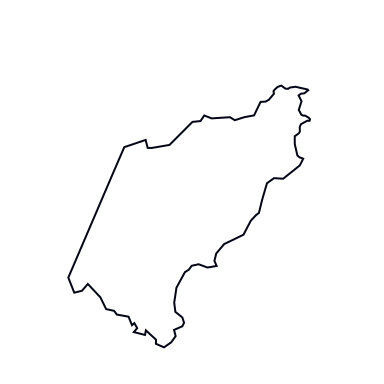 Contra Costa, California, United States of America (Natural Earth projection), rotated 130°
{"feature_id": "52423323B95554273469006", "entity_name": "Contra Costa", "entity_type": "district", "adm_level": 2, "iso_a3": "USA", "parent_name": "United States of America", "parent_adm1": "California", "projection": "natural_earth1", "projection_center": [-122.042, 37.91], "detail": "fine", "context": "isolated", "style": "outline", "palette": "ink", "viewbox_px": 384, "rotation_deg": 130, "n_neighbors": 0, "source": "geoboundaries", "source_scale": "gbopen_adm2", "svg_char_len": 1384}
<svg xmlns="http://www.w3.org/2000/svg" viewBox="0 0 384 384"><g transform="rotate(130 192 192)"><path d="M337.1,231.7L344.8,217.5L338.4,212.8L329.4,212.7L331.6,194.4L336.9,182.5L333.1,175.3L334.2,170.8L328.3,160.5L332.6,152.3L329.5,151.9L331.5,146.5L336.7,146.5L331.7,136.1L327.6,138.4L328.3,124.6L331.5,122.1L329.0,113.6L320.5,111.3L312.9,111.9L309.2,117.1L301.1,113.1L297.3,114.0L294.3,118.8L294.5,127.7L288.2,134.5L275.3,142.4L257.9,145.9L253.6,144.5L248.7,144.8L243.1,140.5L239.9,131.6L232.8,125.6L230.3,130.6L223.5,133.9L211.2,133.9L191.6,125.1L176.2,128.5L168.7,128.1L165.0,127.3L153.2,133.1L151.9,133.7L137.1,140.2L128.7,138.1L123.2,130.7L102.3,126.5L95.0,128.2L95.2,128.9L96.3,131.8L96.3,134.7L92.7,139.5L89.2,144.1L83.3,149.1L78.3,147.9L76.4,148.2L73.0,151.2L72.7,151.4L69.9,152.1L63.3,149.5L61.9,147.7L60.4,148.4L60.1,150.3L60.7,154.3L62.1,156.1L62.5,157.9L60.5,163.0L52.1,166.4L49.5,172.4L46.6,171.7L45.4,170.5L44.2,169.4L39.3,168.4L39.2,169.4L43.5,177.7L44.8,180.3L49.0,184.1L51.1,184.7L52.7,186.6L53.1,191.9L54.2,192.7L56.7,194.0L60.5,194.5L62.3,194.4L64.1,192.4L71.8,192.4L75.4,193.7L78.9,197.4L93.4,193.7L100.9,199.9L109.5,205.4L110.3,211.0L123.0,224.3L125.5,231.8L132.2,231.1L138.0,236.7L147.0,237.5L149.6,237.7L170.4,239.5L184.2,251.2L186.7,254.3L181.9,261.0L201.2,272.7L230.0,264.1L330.2,233.8L337.1,231.7Z" fill="none" stroke="#020617" stroke-width="2"/></g></svg>